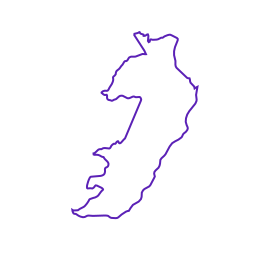 the border of Amambay, rotated 40°
{"feature_id": "PRY-615", "entity_name": "Amambay", "entity_type": "Department", "adm_level": 1, "iso_a3": "PRY", "parent_name": "Paraguay", "parent_adm1": "", "projection": "equal_earth", "projection_center": [-56.215, -22.97], "detail": "fine", "context": "isolated", "style": "outline", "palette": "violet", "viewbox_px": 256, "rotation_deg": 40, "n_neighbors": 0, "source": "natural_earth", "source_scale": "10m", "svg_char_len": 4367}
<svg xmlns="http://www.w3.org/2000/svg" viewBox="0 0 256 256"><g transform="rotate(40 128 128)"><path d="M107.7,27.6L108.9,27.8L109.7,28.9L112.0,35.8L113.9,39.5L116.5,42.6L121.2,46.1L123.7,49.1L125.1,50.2L126.6,50.7L141.0,51.6L142.1,51.2L143.2,50.4L144.3,51.1L145.5,52.3L146.8,53.1L152.0,53.7L153.6,54.9L153.8,54.1L154.7,51.8L158.9,58.9L162.3,62.1L163.1,63.3L163.9,66.0L164.1,75.6L164.7,79.6L166.2,83.3L168.3,86.2L171.1,88.1L172.8,88.9L173.9,89.7L174.6,91.0L174.8,93.3L174.7,94.2L174.3,96.1L174.2,97.0L174.4,98.0L174.9,99.8L175.0,100.8L174.1,104.5L172.7,107.8L171.6,111.2L171.8,115.4L173.6,124.0L173.6,126.0L173.1,129.7L173.3,131.6L175.5,134.8L176.4,136.6L176.9,138.8L176.4,142.8L176.5,144.7L177.4,146.2L179.7,147.9L180.0,148.9L181.8,157.2L181.8,159.1L179.8,164.2L179.6,166.1L180.1,168.6L182.7,172.0L183.6,174.1L183.5,177.5L181.2,183.7L181.4,187.6L181.9,191.0L181.1,191.8L180.2,193.4L178.7,198.4L178.0,202.7L177.5,203.9L176.5,205.0L173.1,207.5L172.4,207.8L171.6,208.0L169.3,208.1L168.1,208.7L166.3,210.1L157.6,217.9L154.1,220.4L153.2,221.4L152.1,223.9L151.5,224.6L150.8,225.3L148.6,226.4L146.5,227.0L143.6,227.3L142.9,227.6L142.2,228.1L141.8,228.3L141.3,228.4L140.8,228.3L140.3,228.1L139.0,227.4L138.0,226.5L138.7,226.4L139.5,226.0L142.3,223.4L142.5,223.2L142.6,222.8L143.1,220.9L144.5,217.6L144.9,216.5L145.0,215.8L145.1,215.2L145.1,212.3L144.8,209.6L144.4,207.8L144.4,207.3L144.6,206.8L146.4,203.8L147.3,202.6L147.8,201.6L148.4,200.0L148.5,199.4L148.6,198.7L148.3,194.6L148.3,193.2L148.5,191.9L148.5,191.4L148.3,191.0L147.5,190.8L146.3,190.8L141.2,192.1L140.5,192.5L140.1,192.8L140.0,193.4L140.1,195.0L140.0,196.0L139.8,196.7L139.5,197.3L139.0,197.6L138.1,198.2L137.5,198.7L136.2,200.0L135.8,200.3L135.3,200.3L134.5,199.6L133.5,198.2L132.0,194.9L131.3,193.0L130.9,191.5L130.7,190.6L130.7,189.8L130.9,189.2L137.9,182.2L138.6,181.2L139.1,180.2L139.3,179.6L139.4,179.0L139.4,178.6L139.3,178.0L139.0,177.2L138.6,176.5L138.3,176.0L136.9,174.5L136.5,173.8L136.4,173.2L136.5,172.6L137.0,171.5L137.2,170.8L137.2,170.2L137.0,169.4L136.6,168.7L136.0,167.9L135.2,167.4L134.0,167.0L130.5,166.7L129.4,166.5L128.1,166.0L127.7,166.1L126.9,166.6L126.0,166.9L124.2,167.2L122.6,167.7L120.7,169.0L119.8,169.9L119.1,170.3L118.7,170.4L117.9,169.6L118.2,169.2L118.4,168.9L118.6,168.5L118.6,168.2L118.8,167.1L119.1,164.4L119.2,163.8L119.4,163.2L119.7,162.8L120.0,162.4L120.3,162.0L121.1,161.5L121.4,161.0L121.7,160.0L122.0,159.5L122.3,159.1L122.6,158.7L123.3,158.1L126.6,155.9L126.9,155.6L127.1,155.0L127.1,154.1L126.7,152.5L126.7,151.6L126.8,150.8L126.9,150.2L127.1,149.6L127.3,149.1L127.7,148.8L128.1,148.6L128.4,148.3L128.5,147.8L128.3,146.6L128.3,145.9L128.4,145.3L128.6,144.8L129.0,144.5L129.4,144.6L130.2,145.1L130.6,145.2L131.1,145.2L131.5,145.0L131.8,144.6L132.0,144.0L132.1,143.4L132.2,139.4L132.4,138.1L132.3,137.5L120.3,98.7L120.0,98.1L119.6,97.5L118.4,96.9L117.9,96.7L117.4,96.7L117.0,96.8L116.6,97.1L114.5,99.1L114.1,99.4L113.7,99.6L112.7,99.9L112.3,100.1L111.9,100.4L111.6,100.8L111.3,101.3L110.3,103.4L109.8,104.3L109.4,104.7L109.1,105.1L108.3,105.6L107.8,105.7L103.4,106.7L103.0,106.9L102.5,107.2L101.8,107.9L101.3,108.5L101.2,108.7L101.1,108.9L100.8,109.9L100.7,110.6L100.4,112.8L100.3,113.4L100.0,114.0L99.1,115.4L98.5,117.0L98.2,117.4L97.8,117.7L96.8,118.0L95.2,118.9L94.8,119.0L94.3,119.1L93.7,119.0L93.2,118.9L92.7,118.4L92.1,117.9L91.4,116.9L90.9,116.5L90.3,116.3L90.0,116.6L89.3,117.4L88.9,117.7L88.5,117.9L86.9,118.1L85.8,118.0L85.3,118.1L85.0,117.9L84.9,117.6L85.1,116.2L85.6,115.3L86.1,114.5L88.0,113.0L88.4,112.3L88.4,111.1L87.9,109.1L87.3,104.6L86.6,102.3L85.9,100.9L85.3,100.1L84.9,99.7L84.4,99.3L84.0,98.8L83.8,98.1L84.1,96.4L84.1,95.6L84.0,94.7L83.2,93.5L82.8,92.6L82.6,91.6L82.8,90.4L83.0,89.5L83.2,88.4L83.2,87.1L83.0,85.0L83.1,82.9L83.0,82.3L82.6,80.0L82.6,79.2L82.8,78.6L83.6,77.9L83.9,77.2L84.0,76.4L83.6,73.9L83.6,73.2L83.9,72.5L84.2,71.9L84.6,71.3L87.3,69.0L87.9,68.4L91.5,62.0L92.0,61.6L93.9,60.3L94.3,59.9L90.9,58.3L73.1,52.8L72.4,51.7L74.3,49.1L74.9,48.0L75.0,47.3L75.3,47.1L76.4,47.6L77.1,47.6L79.8,46.5L80.4,46.7L80.5,47.2L80.7,47.4L81.6,46.7L82.0,45.9L82.6,43.9L83.1,43.5L84.5,44.4L87.3,48.5L88.7,48.9L89.1,48.0L88.2,45.9L88.7,45.3L89.6,44.9L90.3,44.5L93.1,41.9L94.0,40.7L95.4,37.5L95.7,37.2L96.3,36.8L96.6,36.3L97.0,34.6L97.3,33.9L98.6,31.5L99.3,30.5L100.2,29.5L101.6,29.0L107.7,27.6Z" fill="none" stroke="#5b21b6" stroke-width="2"/></g></svg>